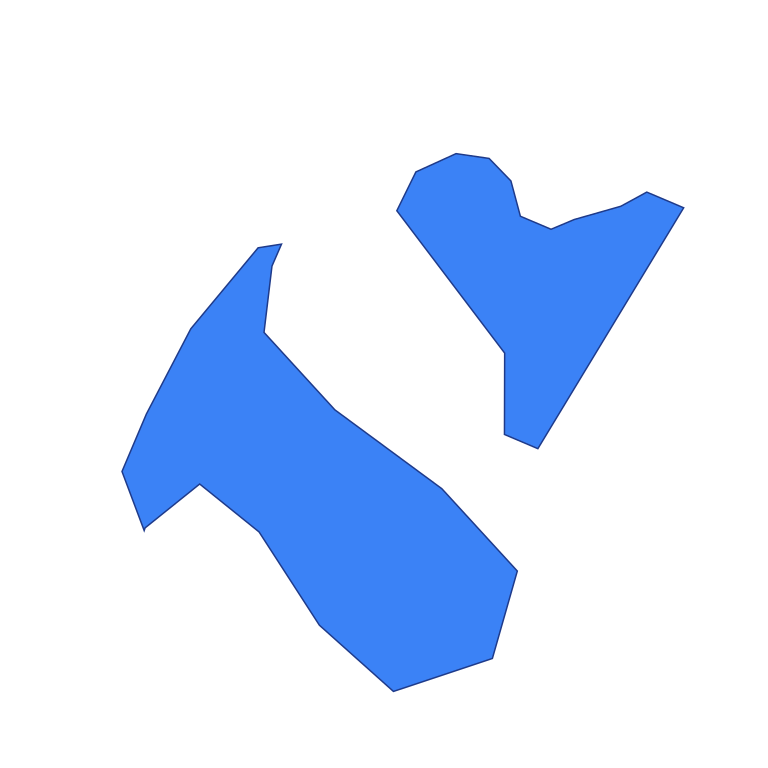 the border of Portsmouth, rotated 293°
{"feature_id": "GBR-2759", "entity_name": "Portsmouth", "entity_type": "Unitary Authority", "adm_level": 1, "iso_a3": "GBR", "parent_name": "United Kingdom", "parent_adm1": "", "projection": "mercator", "projection_center": [-1.012, 50.819], "detail": "fine", "context": "isolated", "style": "filled", "palette": "blue", "viewbox_px": 768, "rotation_deg": 293, "n_neighbors": 0, "source": "natural_earth", "source_scale": "10m", "svg_char_len": 568}
<svg xmlns="http://www.w3.org/2000/svg" viewBox="0 0 768 768"><g transform="rotate(293 384 384)"><path d="M472.7,235.0L448.8,234.8L384.6,253.4L341.0,348.9L310.2,478.2L263.9,579.8L173.7,591.0L104.7,512.8L136.7,418.8L199.0,326.8L219.9,253.4L158.2,220.3L155.4,220.5L201.1,177.0L263.5,177.0L359.4,184.6L460.2,214.9L472.7,235.0ZM591.7,444.0L591.7,477.3L609.7,494.8L640.1,532.5L663.3,550.9L663.3,591.0L384.6,550.9L384.6,514.6L459.6,483.0L548.5,328.1L591.7,330.5L624.2,360.3L632.7,392.6L620.5,421.5L591.7,444.0Z" fill="#3b82f6" stroke="#1e3a8a" stroke-width="1.5"/></g></svg>